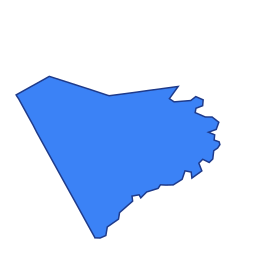 outline of Washington, Pennsylvania, United States of America, rotated 331°
{"feature_id": "52423323B65107112441077", "entity_name": "Washington", "entity_type": "district", "adm_level": 2, "iso_a3": "USA", "parent_name": "United States of America", "parent_adm1": "Pennsylvania", "projection": "equal_earth", "projection_center": [-80.184, 40.215], "detail": "fine", "context": "isolated", "style": "filled", "palette": "blue", "viewbox_px": 256, "rotation_deg": 331, "n_neighbors": 0, "source": "geoboundaries", "source_scale": "gbopen_adm2", "svg_char_len": 948}
<svg xmlns="http://www.w3.org/2000/svg" viewBox="0 0 256 256"><g transform="rotate(331 128 128)"><path d="M202.5,133.4L196.2,134.4L181.0,127.5L178.4,122.4L192.0,116.0L163.1,104.7L153.4,101.0L143.2,97.0L127.3,90.7L126.2,89.7L114.6,77.1L84.3,44.8L84.0,44.7L46.2,44.8L46.2,46.0L46.5,49.5L46.4,69.4L46.4,69.6L46.4,79.4L46.1,87.6L46.1,91.2L46.0,141.2L46.0,145.4L46.0,165.6L46.0,171.3L46.0,171.6L45.9,190.8L45.9,207.7L45.8,208.0L50.3,210.7L56.5,211.3L61.9,204.5L75.5,203.1L79.6,197.9L96.6,194.2L98.5,189.5L105.3,191.8L105.3,195.3L113.3,193.0L125.1,195.4L128.8,193.4L133.3,196.2L140.0,199.7L150.5,199.1L157.1,193.1L161.9,197.2L159.6,202.8L171.8,201.3L172.9,193.1L178.2,191.6L182.3,197.5L187.1,196.2L192.0,189.4L196.6,189.0L200.3,187.1L201.0,184.3L197.5,180.3L200.5,176.0L196.3,170.7L204.5,172.0L210.2,167.0L206.9,159.2L200.9,155.8L194.2,147.1L197.0,143.7L204.1,144.7L207.4,139.8L202.5,133.4Z" fill="#3b82f6" stroke="#1e3a8a" stroke-width="1.5"/></g></svg>